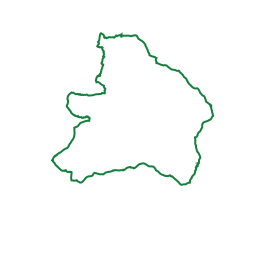 the district of Bruiu, Sibiu, Romania, rotated 131°
{"feature_id": "2599482B45043603267920", "entity_name": "Bruiu", "entity_type": "district", "adm_level": 2, "iso_a3": "ROU", "parent_name": "Romania", "parent_adm1": "Sibiu", "projection": "equal_earth", "projection_center": [24.694, 45.868], "detail": "fine", "context": "isolated", "style": "outline", "palette": "green", "viewbox_px": 256, "rotation_deg": 131, "n_neighbors": 0, "source": "geoboundaries", "source_scale": "gbopen_adm2", "svg_char_len": 5825}
<svg xmlns="http://www.w3.org/2000/svg" viewBox="0 0 256 256"><g transform="rotate(131 128 128)"><path d="M138.2,193.9L140.3,194.3L141.9,194.4L142.9,194.3L144.0,193.9L145.8,192.9L146.5,191.4L147.6,190.4L149.5,189.3L151.0,189.0L151.6,188.6L152.1,187.9L152.1,186.6L152.3,186.4L152.2,186.1L152.3,186.0L152.6,184.7L152.8,184.3L152.7,183.4L153.1,182.6L153.3,181.5L153.8,181.0L153.8,177.4L153.5,177.2L153.4,176.9L153.6,176.1L153.1,175.6L153.2,175.1L153.0,174.7L152.4,173.9L151.9,173.6L152.2,173.2L152.3,172.8L152.0,172.6L152.0,172.3L151.3,171.2L150.4,170.3L150.6,169.7L150.3,169.5L150.3,169.1L149.5,168.7L149.4,168.4L149.1,168.4L148.3,167.3L147.7,167.3L147.2,167.0L146.7,167.1L146.4,166.8L146.6,166.6L146.6,166.4L146.2,166.5L145.7,165.8L146.0,164.5L145.5,163.9L145.8,163.6L145.9,163.3L147.8,162.1L148.0,162.0L149.0,163.3L151.2,164.9L155.6,167.3L159.6,167.0L163.0,168.7L167.6,164.4L170.8,162.6L173.3,162.0L174.1,162.1L177.1,161.5L178.6,161.5L182.1,160.6L183.0,160.7L184.7,161.6L185.9,162.1L191.0,163.0L191.8,163.6L192.8,163.6L193.6,164.1L194.5,164.1L194.8,163.9L195.7,164.1L195.9,164.4L196.4,164.4L196.3,164.6L196.6,164.8L197.3,164.9L199.2,164.8L200.4,164.3L201.2,164.1L201.3,163.9L201.6,164.2L202.0,164.1L201.6,163.6L202.5,162.6L202.6,161.8L202.5,161.6L202.5,161.1L203.4,158.2L203.7,150.4L203.1,149.2L202.6,148.9L202.5,148.5L202.1,148.2L201.9,147.6L201.3,147.6L200.7,147.3L201.0,146.7L200.9,145.0L200.2,144.0L199.8,143.8L199.8,143.5L199.5,143.5L198.5,142.2L198.3,141.8L198.4,141.5L203.0,138.2L204.6,136.3L202.7,133.6L201.1,132.5L201.0,132.2L201.3,131.6L201.3,130.8L201.0,130.1L200.6,128.3L199.3,127.2L198.6,127.1L195.9,126.9L193.7,127.2L191.9,126.8L190.3,126.0L188.5,124.2L187.0,123.6L184.8,124.1L183.8,123.8L181.3,118.7L180.1,117.5L179.4,116.4L177.9,115.9L176.3,115.7L174.8,114.5L173.8,113.9L172.6,112.7L170.6,111.6L170.1,111.6L169.9,111.1L169.5,111.0L168.6,110.2L168.2,110.2L168.1,109.7L167.0,108.5L166.1,107.0L164.3,105.5L162.9,103.8L162.7,103.9L162.7,103.5L161.1,103.0L159.7,102.8L159.3,102.9L158.3,102.4L156.2,101.0L155.8,100.5L156.0,99.9L155.9,99.6L154.7,98.3L154.6,97.1L152.8,96.4L148.0,95.8L144.9,93.6L143.9,91.9L143.4,89.1L143.4,88.0L143.1,86.9L140.8,84.1L140.6,83.5L140.6,81.9L140.7,81.3L141.1,80.0L141.6,79.3L141.1,76.9L141.3,73.8L141.0,71.8L140.2,70.5L140.3,70.0L140.2,69.4L138.6,66.8L137.5,65.9L136.2,65.4L136.1,64.9L136.3,64.4L136.1,64.2L136.1,63.4L135.5,62.9L135.7,59.0L135.6,56.4L135.8,53.6L136.1,52.0L136.0,50.6L133.9,48.9L132.7,47.5L130.2,46.8L129.6,46.4L128.6,45.4L127.9,46.0L127.4,46.1L126.8,46.8L125.8,47.1L123.7,47.2L122.9,47.8L119.0,47.6L118.2,48.1L117.0,48.5L116.5,49.3L114.9,49.3L114.1,49.9L113.6,50.1L113.5,50.3L113.5,50.6L113.2,50.8L112.5,50.7L112.7,50.9L112.2,51.0L112.0,51.3L110.6,51.2L110.4,51.0L109.7,51.2L109.7,51.3L109.4,51.2L108.5,51.4L108.1,51.6L108.2,51.8L107.9,51.6L105.5,53.4L102.9,54.0L102.2,54.9L101.1,57.3L100.5,58.8L100.6,59.5L100.2,60.5L98.7,62.9L97.7,64.3L96.6,65.1L96.3,66.1L95.9,66.8L92.9,69.3L91.2,71.3L90.4,70.7L89.0,70.5L88.2,70.6L86.9,71.4L85.7,71.7L84.6,71.8L84.0,71.5L83.3,71.4L78.8,72.5L77.1,73.9L75.5,74.7L73.6,74.4L71.9,73.5L71.1,72.8L67.8,71.5L66.3,71.3L64.6,71.8L62.9,71.7L62.5,72.6L61.7,73.4L61.3,74.2L60.4,75.6L59.7,76.2L59.0,77.6L57.8,78.7L57.7,78.8L58.1,78.7L56.7,81.3L56.6,81.2L56.4,82.0L56.7,83.0L56.6,84.2L56.9,85.9L56.4,87.3L55.8,87.7L55.1,89.2L54.3,90.6L54.1,91.6L54.4,92.7L54.5,93.9L54.1,96.5L53.0,98.9L52.5,100.5L52.6,101.8L53.8,102.9L54.6,104.1L54.8,105.2L54.9,107.2L54.6,108.9L54.7,110.5L54.2,112.3L54.3,112.7L53.6,113.7L53.6,114.4L53.1,115.3L52.6,116.6L52.8,119.4L52.3,120.4L52.0,121.8L51.8,124.7L51.9,125.6L51.4,126.7L51.4,127.3L52.6,128.3L53.7,131.2L55.3,133.6L55.6,138.6L55.5,139.9L56.7,141.8L57.4,142.1L58.2,143.9L58.6,144.5L59.4,147.3L59.7,147.9L59.7,148.3L60.2,148.7L60.3,149.4L59.5,149.8L58.5,151.6L57.7,152.1L56.6,152.4L56.9,153.3L56.8,154.1L57.4,155.5L57.9,156.2L58.7,158.4L58.9,159.7L58.3,160.1L57.4,162.2L57.5,162.3L57.3,162.8L56.3,164.2L56.2,164.7L55.7,165.6L55.5,166.1L55.0,166.9L54.8,168.0L54.4,168.9L53.7,169.6L53.2,171.8L53.1,174.1L53.8,178.6L52.6,181.8L53.2,183.3L53.8,184.0L55.1,184.7L55.6,185.4L56.6,185.7L57.6,187.8L62.2,192.9L62.4,192.7L62.3,193.0L62.7,193.2L62.5,193.4L63.2,193.2L63.4,193.0L63.5,193.2L63.3,193.4L62.8,193.7L62.4,193.6L63.1,194.8L62.8,194.9L64.1,195.5L65.3,196.6L65.9,196.6L66.0,196.9L67.0,197.5L66.9,197.6L68.8,197.7L69.0,198.0L69.2,198.8L70.8,200.3L72.0,202.1L73.4,202.6L73.7,203.1L74.1,203.1L74.1,203.4L75.2,204.6L75.3,205.4L75.0,205.7L74.4,205.8L74.0,207.3L73.8,207.6L73.8,208.5L74.2,210.5L75.2,210.6L77.0,209.7L80.3,207.5L81.9,207.0L82.8,207.0L83.3,205.8L83.0,205.6L83.1,205.4L84.1,205.1L85.5,205.1L86.6,204.7L86.3,203.5L85.8,203.0L85.8,202.3L84.4,201.1L84.2,200.8L84.4,200.6L84.1,200.1L84.1,199.9L84.9,199.6L85.4,199.0L85.7,198.4L85.8,197.2L86.1,196.5L86.9,196.3L87.1,195.5L87.8,195.0L88.5,194.2L90.3,193.7L90.0,192.6L92.5,192.5L95.1,190.8L96.5,190.6L96.8,189.7L96.4,188.3L96.5,188.2L97.3,187.8L98.2,187.7L99.3,187.0L101.7,186.1L104.3,184.6L105.7,184.7L106.1,184.4L106.3,183.7L106.7,183.4L106.9,183.4L106.9,183.7L106.4,184.1L106.7,184.5L108.1,184.5L108.3,184.3L108.7,184.7L108.7,185.0L108.9,185.1L109.3,184.8L111.0,184.7L111.7,184.1L113.1,183.6L114.2,181.8L113.8,181.4L113.2,181.3L112.9,180.6L112.6,179.0L112.7,177.9L112.6,176.1L111.9,173.9L112.7,173.3L113.1,172.5L113.3,170.8L114.4,170.3L115.0,170.4L116.2,169.0L117.0,168.3L118.1,169.7L118.6,170.6L119.4,170.5L120.3,171.0L121.2,172.0L122.1,172.6L122.8,173.6L125.1,175.4L125.7,175.6L126.4,176.1L129.1,178.7L129.6,179.5L129.5,179.8L129.8,180.5L129.8,181.0L130.6,181.5L131.0,182.1L132.7,183.7L132.8,184.2L133.0,184.2L133.8,185.1L133.9,185.7L134.3,185.9L134.3,186.2L134.6,186.5L134.2,186.7L134.7,187.2L135.4,188.4L135.7,188.4L135.9,188.9L136.7,189.5L136.9,190.3L137.1,192.0L137.4,192.6L138.2,193.3L138.2,193.9Z" fill="none" stroke="#15803d" stroke-width="2"/></g></svg>